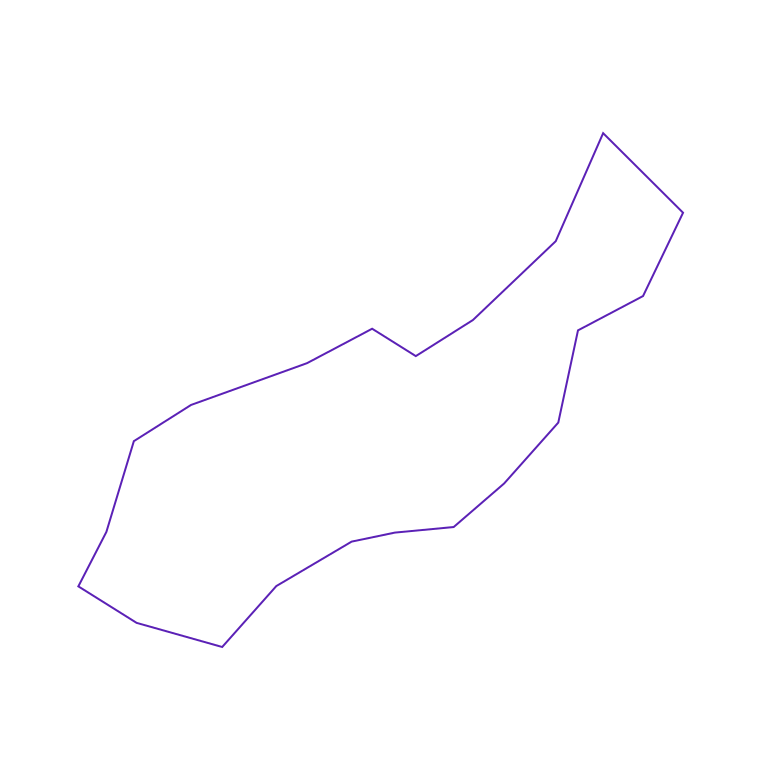 Zvečan, Albers equal-area conic projection, rotated 102°
{"feature_id": "KOS-5892", "entity_name": "Zvečan", "entity_type": "District", "adm_level": 1, "iso_a3": "XKX", "parent_name": "Kosovo", "parent_adm1": "", "projection": "albers", "projection_center": [20.754, 42.971], "detail": "fine", "context": "isolated", "style": "outline", "palette": "violet", "viewbox_px": 768, "rotation_deg": 102, "n_neighbors": 0, "source": "natural_earth", "source_scale": "10m", "svg_char_len": 428}
<svg xmlns="http://www.w3.org/2000/svg" viewBox="0 0 768 768"><g transform="rotate(102 384 384)"><path d="M93.1,221.8L154.3,127.1L244.1,148.9L291.2,205.4L385.5,205.5L456.3,245.8L509.4,286.1L527.1,342.5L544.9,382.9L604.0,447.3L674.9,487.6L669.1,576.3L645.5,640.9L586.4,624.8L491.9,616.8L444.6,568.4L379.6,463.6L332.4,407.1L350.1,358.7L302.9,310.3L208.6,245.7L93.1,221.8Z" fill="none" stroke="#5b21b6" stroke-width="2"/></g></svg>